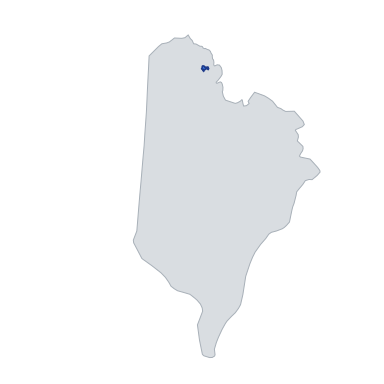 Darayya, Rif Dimashq, Syria shown in context, rotated 126°
{"feature_id": "27442178B13792068888358", "entity_name": "Darayya", "entity_type": "district", "adm_level": 2, "iso_a3": "SYR", "parent_name": "Syria", "parent_adm1": "Rif Dimashq", "projection": "robinson", "projection_center": [36.249, 33.454], "detail": "fine", "context": "in_parent", "style": "filled", "palette": "blue", "viewbox_px": 384, "rotation_deg": 126, "n_neighbors": 0, "source": "geoboundaries", "source_scale": "gbopen_adm2", "svg_char_len": 3207}
<svg xmlns="http://www.w3.org/2000/svg" viewBox="0 0 384 384"><g transform="rotate(126 192 192)"><path d="M71.4,140.8L74.3,141.1L80.4,144.7L81.4,144.6L83.2,139.8L85.0,138.2L88.8,136.8L89.9,129.1L91.6,127.6L93.7,126.8L97.0,126.7L99.8,126.2L100.0,124.8L96.0,115.9L96.4,113.7L98.3,104.7L99.5,101.2L100.6,100.1L105.1,100.5L111.4,102.1L113.1,104.7L116.2,107.0L120.8,106.8L126.1,107.2L130.3,107.4L133.6,105.8L141.1,102.8L144.8,101.8L148.2,100.4L159.0,95.5L163.4,95.9L166.4,96.5L168.6,97.3L173.8,100.7L178.0,104.1L181.0,105.1L186.3,105.0L194.0,105.7L203.5,105.6L209.0,104.7L216.0,103.0L228.6,99.0L245.0,90.6L254.6,86.5L258.8,86.0L264.2,86.0L269.7,87.0L275.9,87.8L278.8,87.7L285.4,86.9L294.1,85.2L299.5,83.8L306.0,81.5L310.1,77.7L311.4,77.3L313.1,78.0L313.9,78.3L315.6,80.4L317.5,86.0L317.5,86.6L317.2,88.2L313.0,92.8L307.3,99.0L303.2,102.9L296.3,109.5L291.0,110.9L282.2,113.3L279.8,115.6L277.7,119.3L276.5,124.4L276.2,127.6L276.0,133.6L278.2,139.8L280.4,145.7L280.7,149.6L280.6,153.5L278.7,157.6L276.7,163.3L275.6,169.7L275.2,181.7L275.3,191.9L275.2,193.6L271.6,200.8L267.4,209.3L265.4,211.2L256.0,213.7L245.8,219.9L234.3,226.9L223.9,233.2L213.0,239.7L201.6,246.6L193.5,251.5L182.6,258.0L172.7,264.3L162.6,270.6L154.9,275.4L143.3,283.0L136.5,287.5L126.4,294.1L117.6,299.8L107.1,306.7L94.0,304.6L89.8,303.5L86.4,300.2L83.9,298.5L77.7,296.7L73.7,290.6L71.3,288.4L67.2,287.4L68.9,283.5L69.3,280.9L71.1,277.8L69.9,275.7L69.4,271.3L68.6,270.2L68.3,269.0L69.0,267.6L68.7,266.2L68.0,265.6L67.7,263.4L67.1,261.8L67.4,259.8L68.3,258.5L69.3,256.0L70.4,255.3L72.1,253.7L72.6,252.1L74.2,250.5L76.3,249.2L76.8,248.2L76.5,247.6L74.3,246.4L73.2,244.4L74.2,241.4L74.9,240.5L76.2,239.0L79.0,236.8L81.2,236.5L83.1,236.5L86.4,236.6L88.9,237.0L89.5,236.5L89.4,235.7L86.3,233.9L86.1,232.5L86.9,231.0L89.1,228.5L91.7,226.8L93.1,226.4L96.1,222.9L98.0,218.9L94.9,209.1L93.0,207.6L89.9,206.2L88.2,206.0L88.0,205.4L90.4,202.9L92.1,200.8L90.2,198.7L86.9,197.8L85.6,199.9L81.3,200.1L74.5,200.0L71.6,189.8L71.2,185.3L71.2,180.2L73.3,172.6L72.3,169.2L72.3,166.8L71.8,163.6L66.5,156.7L69.4,143.9L71.4,140.8Z" fill="#d9dde1" stroke="#a8b0b8" stroke-width="1"/><path d="M83.1,250.9L82.5,251.1L82.7,251.4L82.3,251.7L82.1,251.8L81.9,251.9L81.6,252.1L81.5,252.3L81.5,252.5L81.6,252.8L81.8,253.0L82.0,253.1L82.3,253.2L82.6,253.6L82.6,253.9L82.7,254.1L82.9,254.3L83.0,254.5L83.4,254.8L83.6,254.9L83.6,255.0L83.4,255.2L83.2,255.5L83.0,255.9L83.0,256.1L83.2,256.5L83.4,256.7L83.5,257.0L83.4,257.2L83.9,257.6L84.6,257.4L84.6,257.1L84.9,256.8L85.2,256.9L85.4,256.8L86.1,256.9L86.3,256.9L86.7,256.6L86.8,256.4L86.8,256.0L86.7,255.8L86.5,255.7L86.3,255.4L86.0,255.0L86.0,254.7L86.5,254.8L86.8,254.8L87.0,254.8L87.2,254.7L87.3,254.7L87.4,254.2L87.4,253.9L87.3,253.7L87.2,253.8L87.1,253.6L86.9,253.6L86.9,253.8L87.0,253.8L86.9,253.9L86.7,253.9L86.7,254.0L86.4,254.0L86.3,253.9L86.2,253.9L86.2,253.7L86.2,253.4L86.2,253.2L86.2,253.3L86.0,253.5L85.9,253.5L85.7,253.6L85.0,253.2L84.9,253.2L84.7,253.1L84.4,253.3L84.2,253.4L84.2,253.5L83.9,253.4L83.7,253.5L83.4,253.5L83.4,253.4L83.4,253.2L83.5,253.2L83.4,252.9L83.5,252.8L83.5,251.6L83.5,251.4L83.1,251.5L83.1,251.4L83.1,251.2L83.1,250.9L83.1,250.9Z" fill="#3b82f6" stroke="#1e3a8a" stroke-width="1.5"/></g></svg>